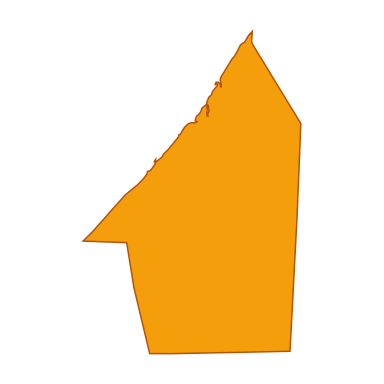 outline of Jubbada Hoose, rotated 183°
{"feature_id": "SOM-2645", "entity_name": "Jubbada Hoose", "entity_type": "Region", "adm_level": 1, "iso_a3": "SOM", "parent_name": "Somalia", "parent_adm1": "", "projection": "robinson", "projection_center": [41.866, -0.188], "detail": "fine", "context": "isolated", "style": "filled", "palette": "amber", "viewbox_px": 384, "rotation_deg": 183, "n_neighbors": 0, "source": "natural_earth", "source_scale": "10m", "svg_char_len": 1889}
<svg xmlns="http://www.w3.org/2000/svg" viewBox="0 0 384 384"><g transform="rotate(183 192 192)"><path d="M140.2,353.5L140.4,346.7L140.1,344.6L138.9,342.2L135.3,336.8L130.4,329.8L125.6,322.7L120.7,315.5L116.0,308.6L111.6,302.2L106.3,294.5L101.4,287.3L96.7,280.4L94.2,276.8L91.8,273.2L89.3,269.6L86.9,266.1L86.8,257.8L86.7,250.2L86.6,242.5L86.5,230.7L86.3,219.0L86.2,207.2L86.1,195.4L86.0,188.1L85.9,180.8L85.8,171.9L85.8,158.3L85.8,144.8L85.8,131.2L85.8,117.6L85.8,104.1L85.8,90.5L85.8,76.9L85.8,63.4L85.8,49.8L85.8,38.1L129.1,34.9L203.8,29.5L225.8,28.4L245.0,93.5L254.6,138.0L297.7,137.3L298.2,137.3L289.1,147.3L270.1,171.2L258.5,185.6L252.9,190.8L246.7,196.4L240.3,203.9L237.9,207.6L237.7,208.7L237.7,209.7L237.4,210.4L235.1,210.9L234.4,211.7L230.6,217.4L230.1,219.2L231.3,220.3L230.3,222.1L230.0,222.6L230.0,221.9L229.9,221.3L229.7,220.8L229.3,220.3L224.2,224.9L223.4,225.9L222.8,227.7L221.3,229.7L218.2,232.9L208.6,246.0L208.3,246.9L208.3,247.7L208.2,248.3L207.3,248.6L206.9,248.9L203.1,255.8L200.6,258.7L199.2,259.9L197.6,260.7L195.8,261.2L193.0,261.2L191.5,261.5L190.6,262.6L192.5,263.1L192.4,265.2L191.5,267.5L190.9,268.6L189.6,269.4L188.2,271.4L187.1,273.7L186.6,275.7L186.2,276.6L183.0,279.4L182.0,280.1L181.6,279.3L181.2,274.7L181.3,270.5L180.7,268.6L180.1,268.6L180.4,270.3L180.1,271.5L179.6,272.6L179.4,273.9L179.5,275.2L180.0,276.8L180.1,278.0L180.4,279.3L181.0,280.0L181.7,280.4L182.1,281.3L181.9,282.6L181.0,284.9L180.7,286.1L180.2,287.5L177.9,289.8L177.4,290.6L177.3,292.0L176.8,293.2L176.2,294.3L172.6,299.2L172.1,300.3L172.5,301.3L173.2,301.2L174.1,300.6L174.8,300.0L173.7,302.8L171.5,303.1L169.5,301.4L168.9,298.4L168.3,298.4L168.4,300.6L169.5,304.5L169.6,306.5L169.0,308.5L159.0,326.9L156.7,330.0L154.9,333.2L151.3,341.4L149.5,343.0L147.3,344.4L143.9,350.9L142.0,352.7L142.6,352.7L140.1,355.6L140.2,353.5Z" fill="#f59e0b" stroke="#b45309" stroke-width="1.5"/></g></svg>